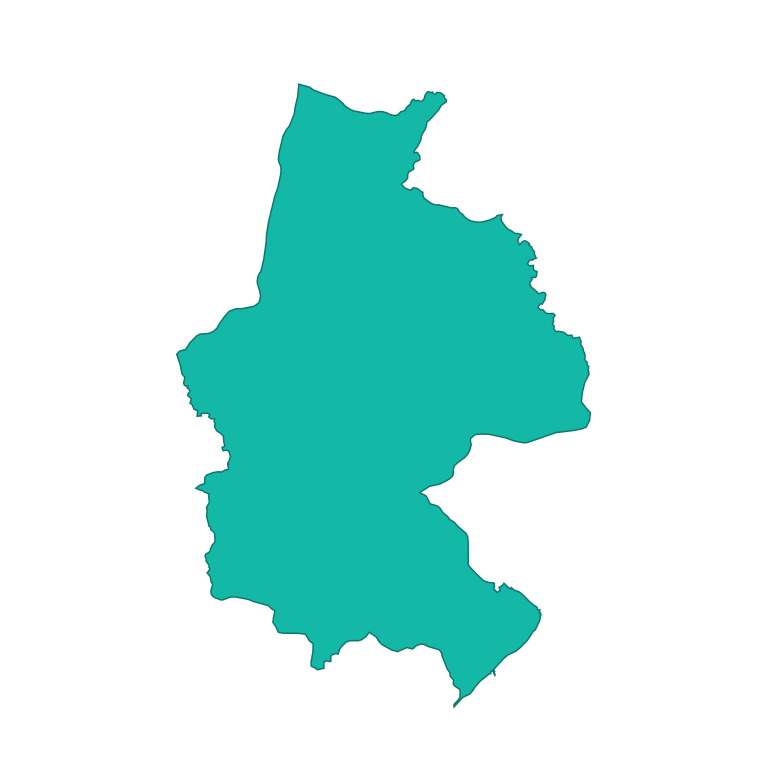 outline of San Pedro, Antioquia, Colombia, rotated 284°
{"feature_id": "7082276B41914425714462", "entity_name": "San Pedro", "entity_type": "district", "adm_level": 2, "iso_a3": "COL", "parent_name": "Colombia", "parent_adm1": "Antioquia", "projection": "mercator", "projection_center": [-75.553, 6.456], "detail": "fine", "context": "isolated", "style": "filled", "palette": "teal", "viewbox_px": 768, "rotation_deg": 284, "n_neighbors": 0, "source": "geoboundaries", "source_scale": "gbopen_adm2", "svg_char_len": 6147}
<svg xmlns="http://www.w3.org/2000/svg" viewBox="0 0 768 768"><g transform="rotate(284 384 384)"><path d="M654.3,228.8L642.4,230.7L632.2,230.8L623.7,231.6L611.6,229.8L606.9,227.7L600.4,226.1L585.1,226.2L577.0,227.0L574.4,228.0L569.9,231.4L564.7,232.8L561.2,233.1L548.6,233.5L539.9,232.6L512.9,232.8L500.5,233.9L493.0,235.4L475.5,237.2L463.9,237.3L458.6,235.7L453.4,236.0L450.6,237.0L443.8,241.1L439.3,243.0L432.9,243.1L428.1,239.3L422.6,227.7L421.3,222.4L417.2,216.3L410.6,212.8L402.0,209.5L398.2,208.6L394.9,206.7L392.5,204.3L390.6,201.5L387.9,193.4L385.3,190.6L376.9,185.6L369.6,183.3L366.4,177.6L362.7,175.7L353.0,181.8L344.8,185.6L342.3,189.1L336.0,189.4L334.4,190.9L334.1,192.4L334.6,194.3L332.6,193.9L331.9,195.7L330.5,197.3L328.9,197.2L327.3,196.2L325.4,196.3L322.9,200.8L318.6,200.3L317.4,203.0L313.4,205.9L313.2,209.6L307.5,210.5L308.9,214.5L310.4,213.4L311.2,214.1L313.0,219.6L312.3,222.3L309.8,221.8L309.3,222.5L308.4,224.8L309.2,228.1L306.8,228.1L304.8,229.6L302.5,229.7L300.8,230.4L298.1,233.1L296.8,236.8L294.7,240.7L289.5,242.4L286.0,244.2L284.9,244.4L283.3,242.2L281.1,243.5L280.3,244.2L281.9,247.5L281.3,249.0L281.6,249.5L276.8,252.5L272.7,252.4L269.4,251.5L268.5,252.5L268.0,251.9L263.7,253.8L261.9,250.5L259.5,248.0L258.4,243.3L256.8,239.8L252.8,234.0L250.1,232.8L244.0,234.1L241.4,229.9L237.4,226.7L236.6,230.9L236.8,233.5L235.9,235.2L234.9,240.9L233.7,240.7L226.7,243.2L221.3,241.6L218.8,242.9L212.3,244.0L205.8,247.7L204.1,248.1L203.3,250.0L200.7,251.3L199.3,254.2L197.9,255.8L191.7,257.8L189.3,258.0L186.0,256.2L182.3,255.6L180.2,255.8L177.5,254.4L176.9,253.1L175.6,252.2L173.9,251.9L170.9,253.9L169.1,254.2L165.6,258.3L163.7,258.5L162.6,259.8L159.4,258.9L158.1,258.0L154.7,262.2L150.6,263.9L148.1,266.3L141.9,266.0L138.6,267.1L137.4,268.1L135.9,270.7L135.0,277.8L135.3,279.4L140.0,286.4L141.4,290.8L142.2,304.2L141.3,311.4L141.0,325.5L138.7,329.3L137.4,333.1L131.2,333.2L125.8,333.9L122.4,337.7L117.6,341.6L117.7,346.0L121.2,360.4L122.3,368.3L116.6,373.9L114.9,378.0L107.1,379.8L96.1,380.6L92.7,381.6L91.7,386.1L90.6,388.3L93.6,394.5L98.0,393.3L100.2,393.3L101.5,395.2L101.5,398.7L102.2,399.5L106.2,398.3L108.1,398.6L110.7,402.1L110.9,404.9L115.8,405.0L119.5,406.6L124.4,409.7L126.7,413.1L128.7,421.2L130.4,424.1L134.5,427.6L139.5,429.7L136.6,437.7L132.7,441.6L130.6,445.3L127.7,456.0L127.8,460.4L127.4,461.6L133.8,470.0L133.8,475.8L138.1,478.8L140.7,482.9L141.1,485.8L140.0,490.6L139.4,502.1L137.0,504.8L134.0,506.3L122.7,514.4L120.0,517.7L116.1,519.1L114.7,521.7L113.2,523.2L109.8,523.7L109.0,524.3L107.8,526.3L106.1,531.3L103.7,532.5L98.2,533.4L95.8,532.7L90.6,529.7L89.3,529.5L87.7,530.1L99.0,536.2L103.8,542.1L108.6,544.5L111.4,545.3L119.0,549.2L128.1,556.2L128.8,557.6L130.4,557.1L132.3,558.6L128.1,562.1L128.6,562.2L131.0,560.4L131.8,560.9L133.6,559.5L147.4,567.0L151.4,570.1L156.2,576.1L160.2,579.3L170.2,585.2L180.2,588.7L182.2,590.3L191.7,592.2L198.3,592.1L199.0,590.6L199.5,591.1L200.3,590.6L200.2,589.8L202.6,589.8L201.9,588.7L202.4,587.3L203.6,587.2L204.8,585.7L205.6,582.9L207.9,578.0L212.2,571.2L214.6,566.4L215.3,563.6L215.3,560.8L217.2,556.8L216.0,556.9L216.4,554.4L219.7,548.6L217.7,548.0L214.4,544.9L211.9,546.8L209.1,544.1L212.2,539.7L214.1,540.3L214.6,539.7L217.2,539.3L217.6,538.0L216.8,535.6L217.0,529.5L217.7,527.3L222.1,519.5L227.6,511.0L229.0,509.5L251.7,503.7L255.7,502.2L258.8,499.9L263.5,490.6L267.0,485.3L268.6,480.2L270.7,478.0L273.4,472.4L277.4,467.9L278.6,464.9L278.9,457.8L285.1,452.4L286.0,450.7L287.2,444.8L295.8,453.0L300.2,461.9L304.4,467.1L307.8,470.5L310.8,472.7L314.4,473.0L316.9,472.1L319.8,471.9L322.2,472.3L325.3,474.4L332.6,480.4L336.8,482.4L340.2,483.2L346.4,483.3L349.0,481.8L352.4,481.2L356.8,484.6L358.4,488.2L360.6,497.5L361.2,514.6L360.2,524.3L360.7,533.6L361.9,537.2L378.4,562.5L385.3,580.5L388.7,587.3L391.0,590.6L398.3,592.3L406.2,591.1L409.5,586.0L414.5,579.7L424.6,578.5L433.6,578.4L443.5,580.6L444.4,579.5L445.5,579.8L447.2,578.5L449.3,578.7L450.5,578.2L451.9,576.2L454.1,576.1L455.4,573.7L457.2,572.6L459.8,572.4L462.6,571.1L464.6,569.2L466.0,568.9L467.9,567.5L469.9,565.2L472.9,565.0L476.6,562.2L474.3,556.7L474.7,555.8L476.8,554.4L475.6,550.6L477.7,545.6L477.3,540.6L476.5,537.9L478.7,535.5L480.9,535.2L483.8,532.6L485.5,533.5L488.9,532.3L492.1,533.4L493.4,530.9L492.2,527.1L491.9,523.9L494.5,520.3L494.1,517.4L495.1,515.2L496.3,515.0L499.5,516.3L499.8,518.2L504.7,519.7L510.0,519.3L511.1,518.4L511.6,517.0L510.9,515.0L509.5,513.3L509.2,511.1L510.4,510.2L513.6,503.5L517.0,500.8L521.1,502.4L522.9,501.3L523.9,504.9L525.3,505.9L530.1,505.3L530.5,502.7L531.4,501.2L535.2,500.3L533.9,496.2L535.4,494.1L539.0,495.2L539.8,496.3L540.3,498.4L541.1,498.7L543.1,501.4L543.4,500.7L546.8,498.4L548.6,498.1L550.6,495.3L552.6,494.2L553.6,491.5L554.7,491.5L555.8,490.6L557.0,486.7L556.9,485.6L555.5,483.8L551.8,481.9L555.5,479.0L558.1,479.4L562.3,481.2L562.4,477.1L561.8,475.5L562.1,473.7L563.2,471.3L564.2,467.0L566.1,463.8L570.6,458.5L574.0,457.1L577.0,457.9L574.8,453.0L572.5,451.9L568.8,447.0L565.0,440.3L563.6,435.5L563.2,429.7L563.8,426.0L565.2,422.4L567.7,419.1L568.9,415.9L571.6,413.3L572.1,411.9L572.3,410.2L571.2,406.9L571.1,394.1L570.2,390.3L570.6,386.2L574.0,377.9L576.9,375.9L579.5,375.3L579.6,373.6L581.3,370.4L581.8,368.4L581.5,364.9L578.7,363.3L578.5,361.4L579.3,356.6L582.2,352.4L586.1,355.6L589.5,357.2L593.1,356.2L595.8,356.9L599.6,360.8L600.8,360.7L602.7,359.6L605.7,359.8L607.3,360.8L609.1,363.6L610.6,364.6L614.0,363.4L616.3,360.8L616.7,359.0L615.5,357.4L617.0,356.7L622.9,359.2L629.1,360.6L634.8,360.4L641.8,362.5L648.9,362.4L651.0,364.2L663.3,370.8L668.0,372.0L672.8,376.1L674.7,375.9L676.2,373.2L678.1,373.0L679.9,369.5L680.3,367.5L679.5,364.5L678.2,364.3L677.3,363.2L677.6,361.9L679.0,360.4L678.0,358.8L678.4,357.1L678.0,355.5L674.7,354.1L670.3,353.9L667.3,352.2L667.0,350.9L667.6,348.9L666.4,346.1L667.4,343.5L665.7,342.3L661.8,341.7L658.7,339.5L653.8,337.5L652.1,334.3L649.0,332.7L647.7,331.2L647.0,328.8L646.9,325.1L647.8,320.7L647.9,316.7L647.0,312.4L643.0,304.8L642.2,300.5L641.7,288.5L642.3,284.4L644.7,278.2L646.4,276.2L650.4,267.6L650.8,255.9L652.2,244.5L654.0,239.7L654.3,228.8Z" fill="#14b8a6" stroke="#0f766e" stroke-width="1.5"/></g></svg>